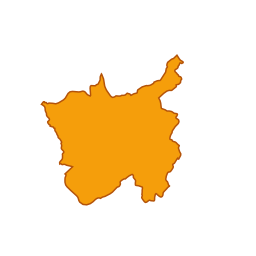 Hirat, Natural Earth projection, rotated 320°
{"feature_id": "AFG-1742", "entity_name": "Hirat", "entity_type": "Province", "adm_level": 1, "iso_a3": "AFG", "parent_name": "Afghanistan", "parent_adm1": "", "projection": "natural_earth1", "projection_center": [62.522, 34.206], "detail": "fine", "context": "isolated", "style": "filled", "palette": "amber", "viewbox_px": 256, "rotation_deg": 320, "n_neighbors": 0, "source": "natural_earth", "source_scale": "10m", "svg_char_len": 5823}
<svg xmlns="http://www.w3.org/2000/svg" viewBox="0 0 256 256"><g transform="rotate(320 128 128)"><path d="M133.2,75.1L133.9,74.9L136.9,73.6L137.6,73.2L138.1,72.7L138.7,71.9L139.8,70.8L142.4,69.5L142.4,69.9L140.8,74.7L137.2,80.7L136.8,81.7L136.0,84.4L135.7,86.2L135.2,92.1L135.3,93.2L135.8,94.5L136.0,94.8L137.9,95.6L139.1,95.6L139.4,95.7L139.7,95.9L141.2,97.4L142.3,98.3L143.0,98.7L144.3,99.0L144.5,99.2L145.7,100.2L146.2,100.5L147.1,100.9L148.7,100.9L149.5,100.8L149.9,101.0L150.5,102.1L151.0,102.7L151.3,103.4L151.2,104.9L151.4,105.0L152.0,105.0L154.6,105.6L157.2,106.9L157.9,106.7L159.4,105.4L159.8,105.2L160.2,105.1L165.2,105.6L168.2,106.8L169.6,107.5L170.2,108.2L170.7,108.5L172.4,109.5L173.2,109.7L175.6,110.1L176.1,110.2L176.8,110.0L177.4,109.6L180.7,110.6L181.9,111.3L182.8,112.0L183.2,112.2L184.0,112.1L192.7,109.4L195.5,107.1L196.0,106.9L197.0,106.8L197.5,106.5L197.6,106.2L197.8,105.3L198.1,105.0L198.5,104.5L199.6,103.7L200.7,103.2L201.1,103.2L205.3,103.3L206.3,103.5L207.4,104.0L207.7,104.0L212.3,103.7L211.7,108.1L211.7,109.5L211.9,110.4L212.5,111.9L212.6,112.6L212.6,113.0L212.4,113.2L212.1,113.4L211.6,113.2L210.8,113.2L210.6,113.1L210.5,112.9L210.3,112.5L209.9,111.7L209.4,111.6L208.2,112.3L207.4,112.7L206.5,112.8L206.1,113.0L205.7,113.2L205.5,113.5L205.0,113.8L204.4,114.0L203.9,114.0L203.0,113.9L201.9,113.7L201.5,113.8L200.9,114.0L200.6,114.2L200.4,114.5L200.3,115.1L200.3,115.6L200.5,117.1L200.4,118.4L200.6,119.7L200.5,120.1L200.2,121.0L200.3,121.3L201.0,122.3L201.1,122.7L201.2,123.1L201.1,123.7L200.8,124.6L200.5,125.0L200.3,125.2L199.7,125.2L199.3,125.4L198.7,125.7L198.0,126.4L197.3,127.0L197.0,127.0L195.9,127.0L195.2,127.1L194.9,127.1L194.6,126.9L192.6,125.9L192.5,126.0L192.2,126.5L191.9,127.1L191.3,127.4L185.9,127.3L185.2,127.0L184.5,126.3L183.9,125.8L183.2,125.4L182.0,124.9L181.3,124.7L177.7,124.4L170.8,124.7L170.1,127.7L169.0,130.0L166.5,133.8L166.3,134.4L166.4,134.9L168.1,137.8L168.3,138.4L168.7,139.7L168.9,140.1L170.5,141.5L171.3,142.5L171.9,143.3L172.2,144.0L172.8,146.2L173.0,146.6L174.2,147.9L174.7,148.6L174.7,149.0L174.5,149.5L174.1,149.7L173.2,150.2L171.9,150.4L171.5,150.7L171.4,150.9L171.2,151.3L171.2,151.5L171.8,153.6L171.9,154.4L171.2,155.8L170.2,156.5L169.1,156.9L165.0,157.3L160.2,158.7L159.6,159.0L159.2,159.5L158.5,160.0L157.9,160.2L157.2,160.4L155.5,161.2L153.7,162.5L153.2,163.1L153.0,163.4L153.0,163.9L153.1,164.1L153.7,164.7L153.8,165.0L154.0,165.4L153.9,165.8L153.7,166.4L153.8,166.9L154.1,167.5L155.0,168.8L155.3,169.5L155.5,170.4L155.5,171.4L155.7,173.3L156.0,174.3L155.2,174.9L154.3,175.3L153.9,175.6L153.5,176.3L153.1,177.3L152.3,179.4L152.1,180.3L152.0,181.0L151.8,181.8L150.6,182.9L146.9,184.4L146.7,184.3L146.5,184.1L146.5,183.8L146.7,183.1L145.4,183.3L141.9,184.5L141.3,184.7L140.7,184.8L139.0,184.6L138.8,184.7L138.6,185.0L138.3,185.5L138.0,186.4L137.8,186.7L137.3,187.2L136.7,187.5L134.9,188.1L132.8,188.6L132.4,188.6L131.8,188.5L130.7,187.8L130.3,187.7L129.7,187.8L129.1,188.0L127.4,188.9L126.1,189.7L125.0,190.7L124.4,191.1L124.1,191.4L123.8,191.8L123.6,192.7L123.5,193.2L123.5,193.7L123.7,194.2L123.6,194.8L123.5,195.1L122.4,197.8L122.4,198.1L122.5,199.1L122.3,199.2L122.0,199.2L121.2,199.1L120.2,199.1L118.6,199.4L115.1,199.8L113.9,200.0L113.2,200.3L112.9,200.6L111.6,201.8L110.6,202.3L110.0,202.4L109.1,202.2L108.9,202.1L108.7,201.9L108.4,201.2L108.0,200.4L108.0,199.4L107.7,198.6L107.6,198.0L107.5,196.6L107.3,196.3L106.7,196.3L106.0,196.6L103.8,198.3L102.2,200.1L101.6,200.5L101.3,200.5L100.9,200.5L100.4,200.0L98.8,198.4L98.3,197.5L98.1,197.2L97.8,197.0L97.3,196.9L94.8,196.8L94.3,196.6L93.9,196.4L93.5,196.2L93.3,195.5L93.2,194.7L93.3,192.8L93.5,191.1L93.7,190.3L93.9,190.0L94.2,189.8L95.4,189.0L95.6,188.8L95.9,187.9L96.1,187.6L96.7,187.2L98.1,185.7L98.9,184.7L100.4,183.4L100.8,182.8L100.9,182.3L99.0,179.1L97.3,177.2L97.1,176.8L97.1,176.3L97.3,176.1L97.8,175.5L98.2,174.9L99.0,174.2L99.8,173.4L100.0,173.1L100.2,172.3L100.3,169.6L100.4,169.3L100.5,169.0L101.1,168.4L101.3,168.2L101.5,167.8L101.5,167.3L101.6,166.8L101.5,166.4L101.1,166.1L98.2,165.4L95.1,165.2L93.8,165.3L93.0,165.2L92.4,164.5L90.4,164.1L88.4,164.0L87.5,164.2L87.1,164.5L86.8,164.9L86.3,165.9L85.9,166.2L85.4,166.5L84.2,167.0L83.7,167.0L83.2,167.0L82.3,166.6L81.8,166.4L81.1,166.4L74.9,167.1L72.1,166.9L66.4,165.6L64.0,164.5L61.7,164.2L61.3,163.4L60.6,162.7L60.0,162.3L58.6,161.9L56.9,161.8L53.8,162.0L50.5,161.7L47.0,160.3L44.4,157.6L43.4,153.8L43.7,152.1L45.0,149.1L45.1,147.0L44.0,139.0L43.5,133.8L43.7,131.5L44.9,129.0L46.3,127.3L47.8,125.7L49.8,124.6L50.5,123.8L50.2,122.7L60.6,122.1L60.1,121.1L57.0,117.0L56.4,115.6L56.0,115.0L55.4,114.5L54.4,114.0L54.0,113.7L53.7,112.4L53.4,112.1L53.1,111.9L52.6,111.8L53.2,110.7L54.3,110.1L56.6,109.8L57.7,109.5L58.5,108.9L60.4,106.7L60.6,106.3L60.9,105.9L61.5,105.6L62.1,105.5L62.6,105.6L63.1,105.4L63.6,104.8L63.7,103.6L63.6,102.2L63.7,101.0L64.4,100.1L65.8,99.0L66.6,97.5L66.8,96.7L68.1,96.2L68.5,94.5L68.7,92.7L68.4,90.7L68.6,90.0L69.2,89.1L69.3,88.6L69.4,87.5L70.1,85.6L70.3,83.4L70.6,82.7L71.7,81.2L71.2,80.8L71.2,80.3L71.4,79.3L69.8,77.0L69.5,76.5L69.8,76.2L70.2,76.0L70.2,75.5L70.0,75.0L69.8,74.8L69.8,73.2L70.1,72.1L70.7,71.5L71.6,71.5L72.6,71.4L73.4,70.9L73.7,70.0L73.5,67.3L73.7,66.2L74.0,65.6L74.9,64.4L75.1,63.9L75.5,62.3L76.0,61.2L76.9,60.0L77.5,59.0L77.8,58.0L77.7,56.9L77.2,54.8L76.9,54.3L77.5,54.1L79.7,53.6L80.1,53.6L80.4,53.8L80.8,54.2L80.4,54.9L80.9,55.3L81.1,55.4L81.7,56.0L81.6,56.7L81.6,57.0L82.1,57.7L82.5,57.9L82.9,57.9L83.6,58.2L86.3,60.8L88.2,63.0L91.0,64.1L96.7,65.0L99.2,64.8L104.3,63.0L106.8,63.0L108.0,63.7L109.1,64.4L113.4,68.7L114.6,69.5L116.9,70.6L117.5,71.2L118.0,72.0L118.3,73.0L118.3,73.9L118.3,76.0L118.5,76.8L119.3,78.7L119.7,79.2L120.4,78.9L124.5,73.2L125.9,71.9L127.0,71.8L129.8,74.4L130.3,74.7L131.6,74.5L132.8,75.0L133.2,75.1Z" fill="#f59e0b" stroke="#b45309" stroke-width="1.5"/></g></svg>